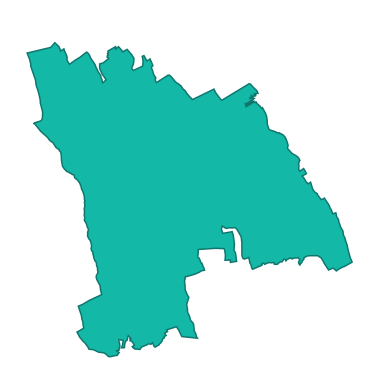 Voinesti, Vaslui, Romania, rotated 176°
{"feature_id": "2599482B92497784274092", "entity_name": "Voinesti", "entity_type": "district", "adm_level": 2, "iso_a3": "ROU", "parent_name": "Romania", "parent_adm1": "Vaslui", "projection": "mercator", "projection_center": [27.426, 46.554], "detail": "fine", "context": "isolated", "style": "filled", "palette": "teal", "viewbox_px": 384, "rotation_deg": 176, "n_neighbors": 0, "source": "geoboundaries", "source_scale": "gbopen_adm2", "svg_char_len": 5989}
<svg xmlns="http://www.w3.org/2000/svg" viewBox="0 0 384 384"><g transform="rotate(176 192 192)"><path d="M345.0,271.3L343.9,270.6L338.7,263.1L332.4,256.6L330.4,253.5L327.1,250.6L324.5,245.8L321.8,243.6L321.3,242.3L320.2,241.0L319.9,238.0L320.0,232.5L319.4,226.9L317.5,223.4L316.3,222.6L316.2,222.0L315.1,220.9L313.2,220.3L312.6,219.4L311.4,219.0L310.8,218.6L310.6,218.0L308.4,217.1L308.2,214.9L307.8,214.1L305.2,211.7L303.0,207.9L302.9,206.7L302.4,205.9L302.0,202.8L300.9,200.2L299.8,196.0L299.8,191.8L299.5,191.0L300.1,189.0L299.8,187.4L299.9,185.6L300.7,182.7L300.6,179.5L301.2,176.2L300.7,173.9L301.3,171.8L301.2,170.7L300.1,169.0L299.5,167.4L298.8,163.9L298.0,162.4L298.0,161.2L299.1,158.8L298.7,157.8L299.2,156.8L299.2,155.2L298.3,152.7L296.9,150.8L296.9,150.2L296.4,149.2L295.9,145.0L296.7,142.5L296.1,140.2L295.0,139.0L295.2,138.1L294.4,132.6L293.6,130.0L292.7,128.9L292.3,127.7L292.3,125.0L291.5,122.9L291.7,121.4L291.5,118.7L291.8,117.3L293.2,115.5L293.5,113.2L293.0,111.2L290.2,104.7L290.1,100.5L289.2,96.0L302.3,90.9L309.3,87.4L313.4,86.0L311.0,76.8L310.7,73.1L310.0,70.3L309.9,66.7L309.5,64.0L309.6,63.6L316.5,60.3L314.0,54.7L311.6,51.5L311.2,50.7L309.4,49.0L306.7,44.8L305.8,42.4L301.2,41.5L296.3,38.7L291.1,37.7L289.5,36.6L287.2,34.1L286.3,33.5L283.7,33.5L282.1,33.9L277.9,34.3L275.9,37.0L278.4,38.7L278.4,39.0L275.9,39.2L275.3,42.3L274.7,43.0L274.8,45.5L275.4,48.9L275.2,49.9L271.0,48.8L272.1,43.8L273.4,41.5L270.2,41.4L269.7,45.3L268.5,47.7L267.0,48.7L266.2,52.0L265.5,53.1L263.0,49.9L264.3,49.6L263.9,48.5L264.1,47.8L262.8,47.4L261.8,46.4L260.2,43.0L262.4,41.9L261.6,40.7L260.6,40.5L260.7,39.9L259.4,39.2L257.3,39.1L255.0,38.5L253.1,40.9L247.9,42.6L245.9,43.6L243.5,43.0L241.9,44.4L240.6,40.7L239.7,39.8L235.4,41.9L234.8,43.0L234.0,43.4L232.1,45.5L231.5,47.6L229.9,48.4L229.6,49.0L229.7,50.0L227.8,50.6L229.1,53.1L226.1,54.5L227.0,56.2L216.9,58.7L214.5,54.3L212.3,48.5L196.8,45.8L197.8,47.7L198.0,50.0L199.4,53.4L199.6,59.6L200.6,62.1L201.6,62.9L202.4,64.3L203.3,68.8L204.8,72.2L204.7,76.0L205.2,80.1L202.5,87.1L204.1,90.2L205.7,95.3L205.4,99.2L205.7,102.9L205.4,104.8L204.7,106.2L204.9,107.7L195.4,109.7L190.4,111.4L188.1,112.7L185.0,113.1L185.6,116.1L186.6,117.5L186.4,118.3L187.1,120.2L187.4,120.1L188.0,120.9L189.4,125.5L190.5,126.0L190.8,127.5L190.2,129.5L189.8,134.2L173.0,134.2L164.0,133.3L163.4,131.4L163.1,126.4L163.8,121.6L158.5,121.5L158.6,119.1L152.3,119.7L152.9,128.3L154.2,131.1L153.4,135.8L153.3,137.5L153.8,145.5L154.5,148.8L154.7,149.6L164.1,148.6L165.2,152.4L165.0,154.0L164.2,155.0L164.1,155.9L160.6,153.3L157.0,153.7L154.0,153.3L151.9,153.5L150.3,152.4L149.8,151.6L146.1,144.0L145.8,137.9L146.6,125.9L146.3,123.5L145.8,122.4L144.6,121.4L139.9,122.7L139.2,117.2L138.3,115.4L137.7,111.9L136.9,110.7L128.3,113.7L128.4,113.9L127.1,114.4L127.5,115.4L125.5,116.1L124.7,114.8L120.1,116.3L118.0,115.8L115.1,115.9L114.9,114.1L113.8,114.2L112.6,113.8L110.8,114.6L110.0,115.5L108.7,116.2L107.2,116.0L104.8,118.6L103.6,118.2L103.1,116.8L102.5,117.5L99.4,119.1L98.1,119.3L97.7,118.6L96.3,118.3L95.3,119.0L91.7,118.9L90.7,119.2L89.1,116.7L90.2,115.4L90.7,114.0L89.8,111.9L89.4,111.7L88.7,112.9L87.5,113.8L86.9,115.2L84.9,117.5L85.0,118.5L82.2,119.9L79.9,120.3L71.1,119.7L67.8,117.3L65.8,113.5L65.4,112.2L61.2,104.7L56.6,106.2L56.0,105.8L53.5,103.2L50.8,104.9L46.5,106.8L45.5,106.9L37.2,110.8L37.7,112.9L38.6,114.8L40.1,122.0L41.0,128.4L42.3,133.3L42.6,135.3L43.9,138.4L44.2,142.8L45.6,145.3L46.6,147.8L46.7,149.3L47.5,151.2L47.8,154.3L49.5,157.4L49.7,160.1L50.0,161.2L53.1,160.4L54.2,164.3L55.7,167.2L55.6,167.4L56.3,169.4L60.4,176.7L61.2,176.1L63.8,175.4L67.1,180.7L67.1,181.6L69.5,183.3L71.4,186.4L73.0,193.5L75.6,192.1L77.2,193.9L79.6,198.5L81.0,200.2L76.6,202.3L77.3,204.3L79.0,207.6L83.0,205.2L83.5,206.1L84.0,207.8L83.5,210.8L83.7,212.7L82.6,215.8L82.2,216.0L83.2,218.4L83.8,219.2L84.9,220.4L89.5,223.5L93.5,228.5L93.6,229.6L92.9,231.8L93.3,234.2L94.6,238.7L95.5,240.5L97.0,242.4L99.2,244.0L100.8,244.6L101.0,245.1L102.0,244.8L105.5,246.7L110.2,248.5L111.0,249.6L112.2,254.7L112.0,257.5L112.3,261.9L113.0,264.9L115.8,271.1L116.7,270.5L118.1,272.8L121.1,275.8L121.7,277.3L122.8,276.8L123.3,278.0L127.3,275.6L132.2,273.3L132.4,273.8L131.4,274.2L131.2,274.9L129.0,275.6L124.9,278.2L125.1,279.1L131.9,275.4L132.8,276.1L128.3,277.9L126.8,279.1L124.4,280.0L124.3,280.7L123.4,281.1L124.2,281.6L127.8,281.2L127.8,281.8L125.2,282.0L125.4,282.4L126.8,282.3L125.6,282.8L126.2,283.0L126.0,284.1L125.2,283.3L122.4,283.3L121.8,283.6L121.6,284.2L121.8,284.5L122.9,284.5L123.1,285.6L119.3,285.8L120.2,288.5L123.7,292.3L126.2,295.6L127.5,296.0L155.5,281.6L156.7,282.1L160.2,287.4L161.7,289.9L162.9,293.1L185.0,284.2L187.4,286.8L190.3,290.8L191.8,293.6L193.7,295.3L195.7,298.8L197.1,299.8L197.9,300.9L199.8,302.0L201.7,304.2L204.6,308.4L206.3,310.1L207.6,310.3L219.8,303.6L220.3,304.3L220.7,305.8L220.7,307.5L220.1,308.4L221.9,311.6L222.9,315.9L223.8,318.7L223.7,319.6L222.4,320.4L222.4,321.5L224.6,327.7L226.0,326.6L228.3,326.2L228.5,327.2L230.4,331.4L232.2,330.8L231.7,326.6L231.8,325.0L232.5,321.0L242.1,317.3L242.4,317.6L243.3,319.0L243.4,320.2L241.8,323.0L241.2,324.9L240.6,329.0L240.9,330.4L241.6,331.1L242.4,333.0L246.8,338.8L251.4,336.6L252.3,338.4L255.2,342.1L258.2,339.9L258.1,342.3L266.0,338.5L266.1,338.0L265.7,337.6L266.0,336.4L266.6,336.1L266.2,335.5L266.4,335.1L266.2,334.1L267.1,333.7L267.2,332.3L266.4,332.0L265.9,330.9L271.6,327.0L275.1,326.3L275.5,322.5L275.1,320.3L273.2,315.6L269.9,309.9L273.3,307.1L273.7,307.3L274.0,310.7L274.8,312.3L274.9,314.7L277.1,318.3L279.2,323.6L279.9,326.0L284.0,333.1L284.5,335.2L285.9,337.6L287.2,338.9L288.2,338.4L294.4,334.2L299.1,331.8L305.3,327.9L307.5,332.2L307.2,334.7L307.5,336.7L309.5,342.2L309.8,343.7L313.3,341.7L313.5,343.1L314.6,346.3L318.4,350.5L322.8,346.1L346.8,342.1L344.7,335.5L344.0,331.0L344.0,328.4L340.4,315.0L339.9,308.7L338.8,304.9L337.7,299.3L337.0,294.1L337.1,291.3L335.4,282.2L336.1,276.1L337.0,274.3L338.1,273.4L344.5,271.9L345.0,271.3Z" fill="#14b8a6" stroke="#0f766e" stroke-width="1.5"/></g></svg>